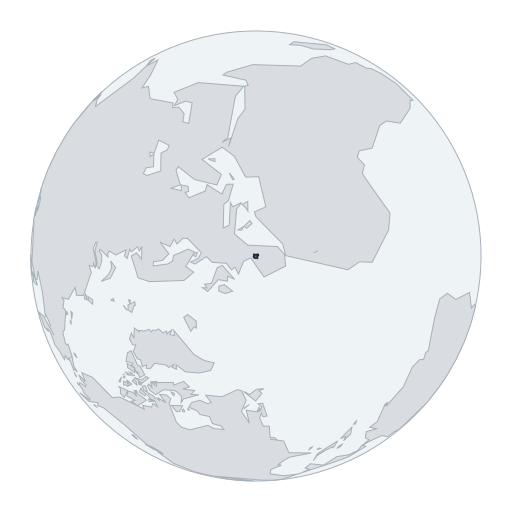 Navarra on an orthographic globe, rotated 242°
{"feature_id": "ESP-5837", "entity_name": "Navarra", "entity_type": "Autonomous Community", "adm_level": 1, "iso_a3": "ESP", "parent_name": "Spain", "parent_adm1": "", "projection": "orthographic", "projection_center": [-1.621, 42.607], "detail": "fine", "context": "on_globe", "style": "filled", "palette": "slate", "viewbox_px": 512, "rotation_deg": 242, "n_neighbors": 0, "source": "natural_earth", "source_scale": "10m", "svg_char_len": 11181}
<svg xmlns="http://www.w3.org/2000/svg" viewBox="0 0 512 512"><g transform="rotate(242 256 256)"><circle cx="256" cy="256" r="225" fill="#eef3f6" stroke="#a8b0b8"/><path d="M60.8,368.4L58.7,364.5L54.2,355.6L46.1,337.6L35.7,301.0L35.8,295.0L34.7,287.3L38.4,282.9L39.2,267.1L38.4,261.7L36.4,263.3L35.3,243.0L37.3,228.6L46.7,174.1L50.4,165.1L54.8,156.8L80.0,117.7L58.8,147.8L64.4,138.0L73.0,125.2L73.3,125.4L85.8,110.2L93.8,101.0L111.6,85.8L130.1,76.9L124.5,81.1L129.6,79.0L137.0,73.9L140.6,71.1L168.2,60.8L193.9,50.0L198.4,45.9L200.3,47.8L206.4,40.1L218.0,36.2L207.1,41.3L207.6,42.4L216.6,39.7L219.1,40.3L224.9,39.6L227.1,40.8L220.6,44.3L221.9,45.3L228.1,43.4L234.3,43.8L224.9,46.3L234.7,47.5L225.5,54.7L198.5,62.6L195.5,69.4L173.3,85.5L177.4,85.8L171.6,92.7L174.2,95.8L169.3,98.4L175.6,98.6L179.6,95.7L183.6,95.0L185.5,96.6L179.7,100.1L177.8,99.8L177.1,101.7L173.4,102.8L176.3,103.2L168.9,107.5L179.0,105.9L175.4,111.6L169.8,113.8L166.8,110.1L146.5,107.7L140.0,109.7L133.6,115.8L129.0,134.1L123.1,138.1L117.8,146.2L122.6,145.2L128.5,138.8L136.0,139.6L142.4,132.1L146.4,131.5L154.2,125.7L156.8,130.5L155.0,138.6L148.5,143.8L147.6,147.7L156.7,146.2L147.7,160.0L146.8,176.5L144.1,180.0L133.3,179.6L125.6,170.1L111.6,171.7L124.4,175.0L117.4,184.4L117.8,188.0L120.3,190.2L124.5,188.4L122.8,192.8L109.6,190.7L110.8,186.6L115.0,187.2L111.4,183.1L102.4,182.6L99.5,187.9L89.0,183.2L86.8,187.1L83.3,188.5L87.5,182.5L79.7,193.6L66.9,192.7L56.1,212.3L62.6,191.4L62.5,184.1L61.3,177.4L59.4,180.4L60.5,168.7L57.0,166.2L49.0,177.3L43.4,191.7L42.8,202.9L45.7,199.9L47.1,206.4L39.6,217.5L40.9,233.3L37.0,244.4L36.5,254.7L38.8,259.7L40.6,269.6L44.3,267.2L49.1,270.9L46.9,281.2L51.4,276.1L52.8,285.2L63.8,299.5L62.4,300.7L71.3,324.6L84.7,342.2L87.7,352.3L85.8,355.2L91.2,360.7L91.4,363.6L116.4,383.7L131.9,398.2L133.2,407.5L123.8,412.0L123.6,427.4L108.9,421.8L110.8,426.4L109.2,426.9L95.3,413.9L82.5,399.7L71.0,384.5L60.8,368.4ZM52.6,217.7L54.4,241.4L50.3,234.1L51.6,234.0L51.8,226.6L51.1,216.2L48.4,210.5L52.6,217.7ZM60.3,214.3L59.8,211.1L60.8,213.5L60.3,214.3ZM141.8,69.9L136.9,73.8L129.3,78.4L133.1,75.0L141.8,69.9ZM156.7,62.4L155.0,64.0L149.5,65.5L152.1,64.0L156.7,62.4ZM201.1,43.1L196.6,44.9L200.1,43.0L201.1,43.1ZM225.3,39.3L225.8,38.7L228.6,38.6L225.3,39.3ZM152.3,123.5L153.2,124.6L151.3,125.1L152.3,123.5ZM154.9,120.1L152.0,120.0L152.7,118.3L154.5,118.5L154.9,120.1ZM234.6,40.5L238.9,40.9L233.3,41.1L234.6,40.5ZM158.3,120.8L154.5,115.5L155.9,112.8L163.9,111.1L158.3,120.8ZM240.7,41.5L251.3,42.7L253.3,41.3L253.7,46.5L244.5,43.4L237.4,43.8L241.2,42.6L240.7,41.5ZM180.0,94.1L175.9,97.3L177.5,93.2L180.0,94.1ZM180.1,91.7L179.4,81.1L186.4,77.6L185.2,81.6L193.0,76.2L196.7,79.7L193.3,83.4L188.0,84.9L193.5,85.2L180.1,91.7ZM252.2,49.5L253.8,50.5L250.9,50.1L252.2,49.5ZM185.4,94.3L184.6,92.4L190.7,89.1L193.3,92.5L190.5,92.4L185.4,94.3ZM193.1,73.3L198.1,71.7L202.5,74.0L205.0,73.7L197.4,79.5L193.1,73.3ZM190.1,94.0L194.5,94.4L193.4,97.6L186.6,96.1L190.1,94.0ZM191.1,86.9L194.1,85.6L193.3,87.4L191.1,86.9ZM191.9,109.5L190.8,106.9L193.9,104.9L191.9,109.5ZM196.2,94.4L196.6,93.3L197.7,92.3L200.2,93.2L196.2,94.4ZM201.1,80.8L201.8,82.3L204.4,78.6L207.8,80.4L202.1,84.0L206.0,83.2L207.0,83.8L201.2,86.2L201.1,80.8ZM206.1,91.3L200.1,97.0L201.3,102.2L198.6,104.0L197.1,95.4L206.1,91.3ZM203.8,88.0L204.6,90.4L200.8,91.3L197.9,90.3L203.8,88.0ZM212.2,80.5L208.4,76.7L209.8,76.1L212.2,80.5ZM207.3,92.6L208.7,91.2L207.8,92.8L207.3,92.6ZM211.5,83.9L210.0,82.6L211.6,81.9L211.5,83.9ZM212.8,89.7L210.9,91.5L208.8,90.7L212.8,89.7ZM212.8,86.9L215.4,86.3L209.3,89.4L211.9,86.4L212.8,86.9ZM213.3,83.5L213.7,82.6L213.7,84.1L213.3,83.5ZM221.8,91.8L214.5,95.9L210.0,94.1L217.6,90.3L221.8,91.8ZM397.9,81.1L402.3,84.7L397.0,80.6L398.8,82.6L394.8,79.7L403.6,87.8L398.3,84.2L407.7,92.7L410.1,93.7L404.3,87.5L414.7,97.1L415.8,97.2L417.1,98.6L430.2,113.1L441.9,128.8L452.2,145.4L452.5,145.9L458.2,156.8L458.8,158.0L470.5,187.0L470.6,187.4L471.8,191.4L473.5,197.4L473.2,196.2L469.0,185.4L471.4,195.4L468.8,189.2L463.4,184.4L465.5,198.7L470.5,231.1L475.2,248.4L475.1,261.4L465.3,247.9L457.9,234.2L456.3,240.7L444.6,236.4L430.0,254.7L426.2,252.0L423.8,257.7L415.4,259.4L409.0,254.4L404.6,258.8L421.2,271.5L425.7,266.8L427.1,254.7L431.1,260.6L439.0,260.5L436.2,286.4L411.7,324.8L406.6,312.7L373.6,286.5L373.0,281.5L372.7,281.0L372.2,280.2L372.0,289.0L365.4,283.1L386.0,304.6L390.7,315.2L411.4,325.9L410.2,329.1L416.0,329.7L431.3,311.8L432.0,316.3L426.5,342.9L402.8,384.5L404.4,398.1L400.0,411.4L381.8,427.6L380.0,434.8L370.1,441.6L367.2,445.8L357.3,452.8L342.0,460.9L319.8,467.7L321.1,465.1L314.1,461.5L305.5,445.8L314.0,434.5L313.1,426.5L296.7,409.2L300.5,396.4L295.5,391.8L285.4,394.5L279.2,388.7L272.8,389.1L231.1,394.5L216.8,385.3L195.9,355.6L202.3,344.8L200.7,330.7L242.3,282.5L254.2,285.2L290.6,274.4L295.7,275.4L294.8,287.8L324.8,295.6L330.5,283.9L354.2,283.7L367.9,277.3L366.7,253.7L344.3,263.7L337.1,254.8L352.3,237.7L371.4,229.3L369.2,225.6L354.3,222.5L355.8,212.6L348.8,220.8L353.8,223.4L349.5,228.8L344.7,226.9L345.4,223.3L338.9,224.1L337.2,241.8L342.0,246.3L326.6,255.0L333.2,263.5L330.1,269.6L317.7,257.5L316.7,251.8L296.1,240.2L295.7,246.8L315.2,258.5L310.4,258.5L310.0,268.4L306.5,260.9L285.4,247.3L269.5,253.8L254.3,279.3L244.1,281.9L233.2,277.5L233.7,253.3L256.7,250.4L257.2,242.6L248.3,232.0L256.0,232.3L255.2,227.9L263.5,226.4L270.9,214.4L278.7,212.0L277.6,198.3L281.4,195.4L281.0,204.2L284.8,209.3L303.6,203.8L306.0,200.1L303.8,191.8L309.3,191.7L304.7,184.4L313.5,177.8L298.9,180.1L296.0,171.3L299.1,162.8L295.5,160.5L290.4,174.4L290.7,179.8L295.2,183.6L293.8,199.5L288.2,203.5L279.7,189.0L270.9,193.3L268.2,180.8L283.6,149.6L292.1,141.7L314.5,145.8L314.9,152.0L307.0,153.5L318.0,159.7L315.3,155.5L319.9,155.7L318.1,148.0L321.3,147.7L314.3,141.0L317.9,139.9L322.3,144.2L322.8,132.6L329.3,128.8L327.9,126.4L324.6,124.9L335.1,121.5L333.6,119.9L329.6,120.3L324.1,117.5L318.3,111.5L322.3,110.6L324.9,112.7L336.2,116.1L342.5,122.2L343.5,121.3L339.0,115.8L325.1,111.6L320.6,108.3L327.2,109.3L324.4,108.7L323.4,106.8L326.0,104.3L318.8,102.8L302.1,85.1L305.6,79.0L313.3,81.6L305.8,70.0L310.3,65.3L306.6,65.5L300.5,60.9L299.0,62.3L296.8,62.1L280.5,52.2L279.7,49.7L268.5,46.8L266.6,47.0L266.6,48.7L253.7,46.5L253.3,41.3L257.6,40.8L254.4,38.3L264.8,37.9L271.8,36.8L285.0,38.6L289.4,38.0L287.6,37.1L292.3,36.1L308.2,37.9L303.2,40.1L281.0,40.6L290.7,40.4L290.8,41.7L295.8,42.6L302.4,42.7L301.8,41.8L324.4,50.5L345.1,56.5L338.0,51.7L339.0,50.3L356.4,55.6L390.3,75.9L392.0,76.4L395.1,78.8L397.9,81.1ZM231.8,308.6L231.5,313.1L231.8,308.6ZM394.4,231.2L404.0,224.5L394.7,214.4L397.6,211.1L393.4,209.1L394.0,213.7L383.0,207.5L385.4,200.3L381.7,195.3L378.3,197.4L375.8,211.8L391.5,220.5L391.4,227.7L394.4,231.2ZM64.2,299.8L65.3,303.5L63.3,301.3L64.2,299.8ZM48.1,237.0L49.3,240.4L49.3,243.7L48.1,241.8L48.1,237.0ZM61.7,263.3L63.7,267.7L60.9,264.9L61.7,263.3ZM55.1,244.9L59.9,260.3L54.5,256.1L51.7,246.5L54.5,250.6L55.1,244.9ZM56.6,218.7L56.9,221.5L55.7,222.7L56.6,218.7ZM61.1,216.2L60.7,215.6L61.2,213.1L61.1,216.2ZM118.2,184.5L119.1,184.8L121.0,187.8L118.7,187.8L118.2,184.5ZM138.1,193.7L135.1,200.7L135.6,195.5L131.8,196.6L128.2,187.5L142.5,181.3L136.7,185.5L138.1,193.7ZM127.4,174.3L128.0,180.3L126.8,174.0L127.4,174.3ZM242.6,206.7L246.8,209.1L245.6,214.5L235.8,218.9L237.4,211.1L242.6,206.7ZM252.9,211.5L247.3,196.7L253.2,193.8L250.8,197.8L255.3,197.4L252.7,203.9L263.9,216.2L263.5,221.9L245.5,226.1L251.6,221.4L247.2,219.1L252.9,211.5ZM222.5,168.3L220.1,163.1L235.9,163.4L236.3,168.3L226.5,172.7L220.3,169.5L222.5,168.3ZM173.1,119.4L171.2,118.3L172.8,117.2L175.8,117.2L173.1,119.4ZM191.1,108.4L183.2,123.6L180.6,123.0L179.2,133.3L171.7,135.7L172.9,128.8L166.1,138.7L164.2,133.5L160.3,140.5L163.8,125.0L161.8,121.1L166.8,124.4L173.7,122.2L176.1,120.1L181.4,111.4L180.6,102.4L187.3,99.2L192.3,99.4L193.5,101.1L188.7,102.5L193.8,103.7L187.9,107.1L191.1,108.4ZM246.6,109.8L240.6,109.6L249.7,114.8L243.9,117.3L245.3,117.8L242.4,121.7L241.3,127.3L238.1,127.8L239.1,129.9L237.2,132.7L237.4,135.7L231.8,137.8L231.7,141.8L229.1,140.6L230.3,147.0L226.9,143.2L224.1,146.8L228.9,148.5L198.1,155.0L187.9,161.3L181.2,169.0L176.2,162.2L179.3,151.0L186.9,139.3L197.4,134.4L193.3,132.5L197.1,129.7L198.8,132.4L198.5,126.7L202.1,125.2L208.8,116.3L206.1,109.5L208.5,106.3L211.3,108.2L211.7,103.7L218.7,105.3L220.6,103.1L229.3,102.8L233.8,108.1L235.5,105.4L242.2,105.3L246.6,109.8ZM224.2,91.9L230.9,97.1L230.9,101.3L215.6,100.2L213.0,102.0L203.2,102.0L203.3,96.1L206.1,96.6L208.9,95.7L207.7,97.9L210.7,95.6L214.6,96.3L218.0,94.7L219.2,96.8L224.2,91.9ZM299.4,269.9L303.0,269.7L308.2,267.9L308.0,274.3L299.4,269.9ZM284.9,260.8L287.8,259.4L290.2,267.2L286.5,267.7L284.9,260.8ZM287.5,252.4L287.8,258.8L285.4,255.6L287.5,252.4ZM283.5,202.6L286.4,200.9L287.5,202.6L286.8,205.9L283.5,202.6ZM272.5,127.5L269.1,126.3L269.4,125.1L264.5,119.7L268.4,117.7L273.0,120.1L272.5,127.5ZM364.1,259.3L361.3,265.3L358.7,264.2L360.2,262.4L364.1,259.3ZM334.2,271.2L342.0,271.4L334.1,272.9L334.2,271.2ZM276.0,124.4L273.5,122.4L277.0,122.7L276.0,124.4ZM271.1,116.0L274.9,115.7L268.3,116.8L271.1,116.0ZM427.5,389.9L409.5,417.2L402.0,422.7L403.3,418.4L411.8,403.9L421.3,394.0L426.8,384.8L427.5,389.9ZM475.7,249.2L478.3,255.1L477.9,259.9L475.7,249.2ZM306.3,107.5L308.8,116.9L313.2,123.1L319.9,125.3L311.6,126.6L304.8,117.0L306.3,107.5ZM302.3,87.7L296.5,86.4L298.2,84.7L299.7,84.8L302.3,87.7ZM299.3,88.5L293.8,91.3L290.0,89.1L295.1,87.3L299.3,88.5ZM285.1,107.2L285.6,110.0L282.7,109.6L285.1,107.2ZM362.9,57.7L362.5,57.5L357.8,55.0L358.1,55.2L362.9,57.7ZM360.7,56.6L349.6,51.7L343.8,48.7L345.0,49.0L352.5,52.4L355.1,53.8L360.7,56.6ZM345.3,49.8L347.7,51.2L336.4,50.0L332.6,49.1L338.1,47.7L340.7,49.0L344.5,50.1L345.3,49.8ZM255.6,49.7L254.0,50.4L253.9,49.3L255.6,49.7ZM296.1,63.0L293.1,62.6L293.1,61.1L296.1,63.0ZM284.7,60.8L286.8,62.7L282.9,61.0L284.7,60.8ZM291.8,67.2L286.8,63.6L293.9,66.5L291.8,67.2Z" fill="#d9dde1" stroke="#a8b0b8" stroke-width="1"/><path d="M255.6,253.3L255.8,253.3L256.0,253.5L256.1,253.4L256.3,253.4L256.5,253.4L256.6,253.5L256.6,253.8L256.5,254.0L256.4,254.1L256.5,254.3L256.8,254.3L256.8,254.2L257.0,254.0L256.9,254.1L257.0,254.3L257.3,254.4L257.5,254.4L257.5,254.5L257.8,254.6L258.0,254.7L258.4,254.6L258.5,254.7L258.5,254.8L258.4,254.8L258.2,255.0L258.2,255.3L258.1,255.5L257.9,255.6L257.7,255.6L257.7,255.8L257.4,255.9L257.3,256.0L257.2,256.1L257.0,256.3L257.0,256.5L256.9,256.6L256.8,256.8L256.8,257.0L256.7,257.1L256.7,257.3L256.6,257.5L256.7,257.8L256.7,258.0L256.8,258.0L256.9,258.3L256.7,258.5L256.4,258.7L256.2,258.7L255.9,258.6L255.7,258.5L255.6,258.4L255.4,258.4L255.2,258.3L255.2,258.2L255.3,257.9L255.5,257.8L255.8,257.9L255.8,257.7L255.7,257.5L255.5,257.4L255.4,257.3L255.3,257.2L255.2,257.1L255.0,256.8L254.8,256.8L254.7,256.8L254.7,256.7L254.4,256.6L254.2,256.5L253.9,256.5L253.8,256.4L253.7,256.4L253.8,256.2L253.7,256.1L253.5,255.9L253.8,255.8L254.0,255.8L254.1,255.7L254.1,255.4L254.1,255.2L254.2,254.8L254.2,254.7L254.3,254.7L254.5,254.7L254.8,254.5L254.8,254.4L254.9,254.2L255.0,254.1L255.2,253.9L255.1,253.7L255.3,253.6L255.5,253.4L255.6,253.3ZM257.5,256.5L257.4,256.7L257.5,256.5L257.5,256.5ZM257.3,256.6L257.3,256.8L257.2,256.8L257.2,256.7L257.3,256.7L257.3,256.6Z" fill="#64748b" stroke="#1e293b" stroke-width="1.5"/></g></svg>